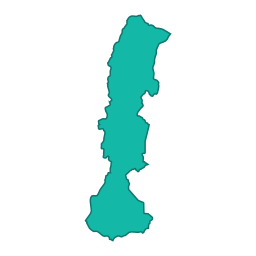 the border of Manica
{"feature_id": "MOZ-1192", "entity_name": "Manica", "entity_type": "Province", "adm_level": 1, "iso_a3": "MOZ", "parent_name": "Mozambique", "parent_adm1": "", "projection": "robinson", "projection_center": [33.487, -18.999], "detail": "fine", "context": "isolated", "style": "filled", "palette": "teal", "viewbox_px": 256, "rotation_deg": 0, "n_neighbors": 0, "source": "natural_earth", "source_scale": "10m", "svg_char_len": 5866}
<svg xmlns="http://www.w3.org/2000/svg" viewBox="0 0 256 256"><path d="M109.7,102.6L110.5,101.3L111.6,100.4L111.8,99.9L111.5,99.1L110.8,98.3L109.1,96.7L108.5,95.8L108.3,95.1L108.4,94.8L108.9,93.9L109.2,92.9L109.3,92.6L109.1,91.2L107.8,86.7L107.7,85.7L108.0,84.5L107.5,83.9L107.4,83.5L107.6,83.1L108.2,82.6L108.4,82.1L108.3,81.3L107.9,80.1L107.8,79.2L107.9,78.4L108.1,77.5L108.6,76.8L109.2,76.4L110.1,75.7L110.3,74.1L110.2,72.2L110.3,70.6L110.9,69.0L111.1,68.1L110.9,67.2L110.4,66.5L109.0,65.8L108.3,65.2L108.2,64.8L107.8,63.4L107.8,62.9L108.0,62.6L108.3,62.4L108.6,62.0L110.1,58.8L110.6,57.9L111.6,57.5L111.9,56.3L111.8,55.7L111.5,55.1L111.6,54.8L112.3,53.8L113.7,50.7L113.8,50.3L113.8,50.1L113.4,49.0L113.4,48.6L113.8,47.4L113.8,46.5L114.3,45.2L115.0,44.0L115.7,43.3L116.3,42.6L116.6,42.5L118.2,42.1L118.8,41.6L118.9,41.4L119.3,39.7L120.5,35.7L121.9,33.4L122.1,32.9L122.1,32.6L122.1,32.1L122.3,31.4L122.2,30.5L122.4,29.7L123.1,28.7L123.6,28.3L124.2,28.1L124.4,27.9L124.7,27.0L126.9,24.0L127.1,23.6L127.1,23.3L126.9,22.7L127.0,21.5L126.9,20.5L127.2,20.2L128.4,18.2L129.2,17.3L130.2,16.6L131.2,16.2L132.5,16.0L136.3,16.4L136.9,16.3L138.6,15.6L139.1,15.5L140.5,15.5L140.6,15.4L141.3,16.2L142.3,18.2L143.6,19.9L144.8,22.0L145.5,22.6L146.5,23.2L146.9,23.3L147.6,23.4L148.0,23.6L148.3,24.7L148.6,25.2L149.2,25.3L150.6,25.0L151.2,25.0L152.4,25.4L153.1,25.7L155.0,27.5L155.6,27.9L156.3,28.2L158.8,28.4L161.4,28.9L163.4,29.6L170.5,33.9L168.3,36.8L167.5,38.6L167.1,39.3L165.9,40.6L165.7,40.8L162.9,42.2L160.7,42.9L159.5,43.5L158.9,44.0L158.7,44.4L156.5,49.5L156.4,49.8L156.3,50.4L156.4,52.9L156.3,53.7L156.0,54.6L155.4,56.2L154.8,58.1L154.5,60.2L154.5,62.5L154.4,63.1L152.9,67.1L152.8,67.7L152.8,68.3L153.9,72.9L154.0,73.5L153.5,77.7L153.5,78.3L153.5,78.8L153.9,79.1L157.0,80.4L157.2,80.6L158.0,81.6L158.4,82.0L158.6,82.3L158.7,82.7L158.4,84.6L158.7,85.3L158.7,86.5L158.5,88.3L157.6,92.1L157.1,93.4L156.5,94.1L154.9,93.8L154.4,93.9L154.0,94.3L152.8,96.0L152.6,96.2L152.1,96.2L151.3,95.9L150.8,95.6L150.5,95.1L149.7,94.5L149.3,94.0L149.0,92.8L148.7,92.0L147.9,91.1L147.4,90.9L145.7,90.6L145.4,91.2L145.2,92.5L145.0,93.0L144.1,93.9L143.2,94.4L142.6,95.0L142.0,95.8L141.0,97.0L140.9,97.3L141.0,97.8L141.9,99.6L142.1,100.2L142.1,101.3L141.7,102.6L141.7,103.0L141.8,103.2L142.4,103.3L142.6,104.3L143.0,105.1L143.1,105.8L142.3,107.0L141.5,107.4L140.8,108.4L140.3,108.9L139.4,110.2L138.3,111.5L137.8,112.2L137.6,112.7L137.2,114.2L137.1,114.8L137.5,115.8L138.8,115.9L139.3,116.0L140.6,116.9L141.9,117.4L142.3,117.7L142.6,118.2L142.9,119.1L143.3,119.4L144.5,119.9L144.8,120.3L145.1,120.7L145.5,122.2L145.9,122.7L146.2,122.8L147.1,123.0L147.6,123.3L148.0,124.1L148.4,124.5L148.9,124.7L149.1,124.7L148.9,126.1L145.1,141.4L145.1,152.2L145.0,153.0L144.8,153.2L144.3,153.3L143.4,153.4L142.7,153.5L142.3,153.8L142.1,154.4L142.4,155.3L143.3,156.9L143.3,158.4L143.1,160.5L143.2,161.8L144.5,161.8L144.8,162.1L145.0,162.7L145.3,163.0L146.4,163.2L146.7,163.4L147.3,164.0L148.0,164.4L147.2,164.8L146.2,164.9L145.8,165.3L144.9,165.9L144.6,166.4L144.2,167.2L143.7,167.6L142.2,168.3L141.4,169.0L140.2,169.3L139.6,169.6L138.6,171.5L137.9,171.6L137.6,171.4L136.6,170.3L135.8,169.9L135.5,168.7L135.3,168.6L135.0,168.5L133.7,169.3L132.5,169.3L132.1,169.4L131.2,170.3L130.0,170.8L129.4,171.4L129.2,171.7L125.8,174.8L125.6,175.0L125.6,175.3L126.5,179.0L126.8,179.3L127.8,179.7L128.2,180.1L128.5,182.0L129.1,182.9L129.4,183.5L129.4,184.1L128.6,186.2L128.5,186.8L128.6,189.0L128.7,189.6L138.1,200.3L138.6,200.6L143.1,202.4L143.5,202.7L143.7,203.2L143.7,203.8L143.9,212.7L144.0,213.2L144.3,213.4L144.8,213.5L147.8,213.7L148.2,213.9L152.0,217.0L152.4,217.6L152.5,218.1L152.5,218.6L152.3,219.3L151.9,219.8L151.6,220.1L150.2,220.8L149.8,221.5L149.8,221.9L149.9,222.8L149.8,223.4L148.9,224.1L148.7,224.7L148.6,225.2L148.4,228.3L146.5,228.5L145.9,228.9L145.1,229.8L144.1,231.4L143.7,232.5L143.3,232.7L142.9,232.9L142.5,233.0L142.3,232.8L141.9,232.1L141.1,231.8L140.2,231.9L138.1,232.3L131.6,231.9L130.1,232.1L128.8,232.6L126.2,234.8L125.4,235.4L123.9,235.7L122.5,236.5L121.7,236.8L120.8,236.7L119.3,236.1L118.5,235.9L117.8,236.0L115.5,237.1L114.8,237.6L114.1,238.3L113.5,239.2L112.9,240.6L112.2,240.4L111.2,239.5L109.8,239.4L109.5,239.1L109.4,237.8L109.1,237.2L108.5,236.6L107.8,236.1L107.3,235.9L106.7,235.9L104.6,236.2L103.9,236.1L103.2,235.9L102.7,235.6L98.4,232.1L97.0,231.4L96.2,231.3L93.8,231.4L93.2,231.2L91.1,229.7L89.5,228.2L86.7,222.9L87.0,222.2L86.9,221.9L86.6,221.8L86.2,221.3L85.7,221.0L85.5,220.6L90.3,213.9L91.1,212.0L91.4,210.4L90.3,201.2L90.4,199.4L90.8,197.6L92.0,195.9L93.6,195.7L95.4,195.9L97.0,195.6L97.9,194.5L100.3,189.4L104.4,183.8L104.7,183.3L104.9,182.7L105.2,181.3L105.2,181.0L104.9,180.4L104.9,180.1L105.0,179.7L105.5,178.7L105.6,178.0L105.9,175.9L106.3,175.5L107.5,175.2L107.8,174.5L108.0,173.2L108.5,172.7L110.5,172.8L110.2,171.4L110.3,168.2L111.0,165.7L111.1,163.9L111.3,162.9L111.5,162.0L111.1,161.6L110.3,161.2L109.4,160.6L108.8,159.9L108.5,159.2L108.8,157.5L108.8,156.6L108.1,156.2L107.4,156.4L106.3,157.7L105.4,158.0L104.5,157.9L103.9,157.7L103.4,157.3L103.3,156.3L103.4,155.9L103.8,155.1L103.6,153.7L103.9,150.6L103.9,149.8L103.6,148.8L103.1,148.6L102.4,148.7L101.7,148.7L101.3,148.2L101.3,147.3L101.5,145.5L101.4,144.2L101.5,143.8L102.9,142.1L103.5,141.1L103.8,140.4L103.9,139.6L103.9,138.5L105.0,133.1L104.8,131.7L104.5,131.2L103.8,130.6L103.4,129.3L103.2,129.1L102.8,128.9L102.1,128.8L99.8,129.2L99.3,129.2L98.9,129.0L98.6,128.6L98.5,128.1L98.5,127.5L98.5,127.0L98.2,126.1L98.2,125.5L98.6,125.2L99.5,124.6L99.0,124.2L98.8,123.6L98.5,121.2L98.6,120.8L102.2,119.0L103.3,118.8L104.9,118.9L105.9,118.8L106.5,118.2L106.9,117.3L107.2,116.2L107.3,114.7L107.0,113.5L105.8,111.1L105.4,109.5L105.2,108.6L105.3,107.9L105.8,107.3L107.2,106.8L109.4,105.5L110.1,104.9L110.3,104.0L110.2,103.6L109.7,103.0L109.6,102.5L109.7,102.6Z" fill="#14b8a6" stroke="#0f766e" stroke-width="1.5"/></svg>